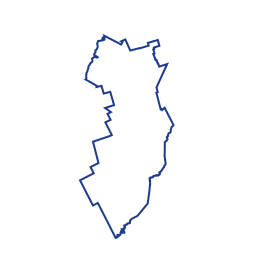 the district of Avellaneda, Santiago del Estero, Argentina, rotated 63°
{"feature_id": "61730980B47702997871145", "entity_name": "Avellaneda", "entity_type": "district", "adm_level": 2, "iso_a3": "ARG", "parent_name": "Argentina", "parent_adm1": "Santiago del Estero", "projection": "robinson", "projection_center": [-63.079, -28.545], "detail": "fine", "context": "isolated", "style": "outline", "palette": "blue", "viewbox_px": 256, "rotation_deg": 63, "n_neighbors": 0, "source": "geoboundaries", "source_scale": "gbopen_adm2", "svg_char_len": 5444}
<svg xmlns="http://www.w3.org/2000/svg" viewBox="0 0 256 256"><g transform="rotate(63 128 128)"><path d="M146.0,86.1L126.6,86.2L127.5,89.4L126.2,89.4L126.2,90.4L109.4,86.7L109.5,85.2L104.8,84.2L88.8,64.1L87.5,72.3L84.3,71.8L84.1,72.3L80.2,71.7L80.1,72.6L76.7,72.1L73.5,71.9L73.7,70.6L69.4,69.8L69.5,68.7L68.1,68.4L69.0,62.7L63.1,61.5L61.2,71.7L64.0,72.2L62.3,81.6L62.0,81.7L60.0,90.8L47.9,90.2L47.7,94.7L48.9,93.9L50.5,96.2L35.4,107.0L35.5,107.0L35.6,107.6L35.8,107.8L35.8,108.1L36.0,108.5L36.0,109.1L36.2,109.8L36.6,110.0L36.9,109.9L37.4,109.5L37.6,109.4L37.6,108.9L37.7,108.7L37.7,108.3L38.3,108.6L38.6,109.0L38.6,109.3L38.7,109.7L38.5,110.1L38.3,110.3L38.0,110.4L37.5,110.4L37.2,110.5L37.5,111.0L37.8,110.9L38.1,111.0L38.2,111.5L38.1,112.1L37.6,113.3L37.5,113.8L37.2,114.2L37.2,114.5L37.0,115.0L37.0,115.3L38.0,116.2L38.5,116.8L38.7,117.1L38.8,117.1L39.1,117.3L39.8,117.5L40.8,117.7L41.6,117.9L42.3,118.5L42.6,118.8L43.6,120.1L43.9,120.6L43.9,120.9L44.0,121.8L44.5,122.0L45.7,122.5L45.9,122.9L46.1,123.5L46.5,123.9L47.0,124.8L47.2,125.0L47.6,124.9L48.4,124.5L48.9,124.2L49.9,123.6L50.1,123.4L50.9,122.9L51.3,122.9L51.1,123.8L50.8,124.2L50.3,124.6L49.7,125.1L49.4,125.5L49.5,125.9L49.5,126.4L49.6,126.8L49.7,128.1L50.0,128.4L50.0,128.6L51.1,128.9L51.8,129.1L52.1,129.3L52.6,129.8L53.1,130.5L53.1,130.8L53.0,131.1L53.0,131.5L53.3,132.4L53.7,132.8L53.9,133.0L54.3,133.4L54.4,133.5L54.4,133.9L54.7,134.5L55.0,135.1L55.9,135.7L56.8,136.2L57.1,136.6L57.5,137.1L58.0,137.6L59.0,138.4L59.6,139.2L59.9,139.8L60.2,140.1L61.2,140.6L61.8,141.0L62.3,141.4L63.1,142.0L64.1,142.1L64.8,142.7L65.3,143.2L65.7,143.4L65.7,143.6L76.2,136.7L77.2,137.5L78.4,132.5L86.3,134.0L87.7,127.4L101.3,130.0L99.8,139.3L106.1,136.0L106.1,139.8L112.8,139.8L112.7,145.6L126.9,145.6L126.9,147.7L124.3,165.4L145.8,170.2L145.8,179.1L152.8,179.1L152.8,194.5L181.1,194.4L181.1,188.9L220.3,188.9L220.4,188.7L220.5,188.6L220.6,188.2L220.4,188.0L220.3,187.9L220.2,187.7L220.4,187.6L220.4,187.4L219.7,187.0L219.7,186.8L219.9,186.7L220.2,186.7L220.3,186.2L220.2,185.9L219.8,186.0L219.7,186.3L219.2,186.2L218.9,186.0L218.6,185.8L218.4,185.8L218.4,185.7L218.6,185.4L218.8,185.3L219.1,185.4L219.3,185.5L219.6,185.8L219.7,185.4L219.8,185.3L219.8,185.1L219.6,184.9L219.7,184.5L219.7,184.1L219.4,184.1L219.5,183.6L219.4,183.1L219.3,182.9L218.6,182.4L218.4,182.4L218.1,182.3L218.1,182.2L218.2,181.9L218.3,181.8L218.3,181.7L218.2,181.6L217.7,181.7L217.4,181.6L217.2,181.5L217.2,181.3L216.8,181.0L216.8,180.7L217.0,180.4L217.4,180.1L217.7,180.2L218.4,180.2L218.6,180.2L218.5,179.8L218.7,179.7L218.8,179.4L219.2,179.1L219.7,179.0L219.7,178.8L219.6,178.7L219.3,178.7L219.1,178.6L218.9,178.6L218.7,178.8L218.5,178.5L218.3,178.5L218.3,178.8L218.4,179.3L218.2,179.5L217.7,179.5L216.6,179.8L215.8,179.8L215.6,179.7L216.0,179.5L216.5,179.2L217.2,179.0L217.4,178.9L217.4,178.7L216.9,178.5L216.4,178.5L216.1,178.4L216.0,178.2L215.5,177.8L215.5,177.6L216.1,177.4L216.2,177.2L216.1,176.9L215.9,176.6L215.4,176.6L214.9,176.3L214.9,176.2L215.1,176.0L215.1,175.7L214.9,175.6L214.3,175.6L213.6,175.5L213.3,175.7L213.2,175.7L213.2,175.3L213.5,174.9L213.4,174.8L213.2,174.7L213.1,174.3L213.2,174.1L213.2,173.7L213.4,173.3L213.5,173.0L213.1,172.7L213.2,172.2L212.9,171.8L212.9,171.4L212.9,171.2L213.2,170.8L213.3,170.7L213.5,170.4L213.4,170.2L213.2,170.0L213.2,169.8L213.3,169.7L213.4,169.4L212.9,169.2L212.8,168.9L211.8,168.5L211.5,168.1L211.6,167.9L211.3,167.4L211.1,167.3L210.9,166.9L210.7,166.4L210.7,166.1L210.6,165.7L210.6,159.4L204.2,144.7L193.8,137.5L191.2,135.9L189.9,135.1L189.5,134.8L188.8,134.2L188.5,134.2L188.3,133.9L188.1,133.8L187.1,133.2L186.6,133.2L185.7,132.7L185.3,132.7L185.1,132.5L185.0,132.2L184.8,132.2L184.4,132.3L183.8,132.2L183.6,132.1L183.4,131.8L183.2,131.8L183.2,131.6L182.7,131.4L182.4,130.9L182.3,130.4L182.8,130.1L182.8,129.9L182.9,129.2L183.0,129.0L183.0,128.9L182.9,128.7L183.0,128.6L183.1,128.1L182.7,127.8L182.4,127.5L182.4,127.2L182.5,127.0L182.5,126.9L182.4,126.7L182.5,126.2L182.7,125.8L183.0,125.3L183.1,125.1L183.2,124.8L183.0,124.6L183.2,124.3L182.9,123.9L183.0,123.7L183.3,123.8L183.5,123.7L183.6,123.4L183.8,123.2L184.0,122.8L184.0,122.5L184.0,122.4L183.9,122.1L183.7,122.0L183.7,121.8L183.6,121.6L183.6,121.2L183.8,121.1L183.7,120.7L183.4,120.5L183.4,120.4L183.1,120.3L182.7,120.3L182.3,120.3L182.0,120.4L181.9,120.2L181.9,119.9L182.0,119.7L181.9,119.4L181.7,119.4L181.7,119.0L181.6,118.8L181.7,118.3L181.5,118.1L181.5,117.8L181.3,117.6L181.1,117.4L181.1,117.1L180.5,116.6L180.3,116.1L180.2,115.7L180.0,115.3L179.6,114.9L179.5,114.1L179.3,113.7L178.9,113.4L178.3,112.8L178.0,112.3L178.0,112.0L177.9,111.7L177.5,111.5L177.3,111.2L177.1,111.0L176.9,110.7L174.1,109.7L173.6,109.5L171.8,108.9L171.0,108.5L170.3,108.4L169.8,108.3L169.3,108.0L167.9,107.2L167.2,106.8L166.6,106.5L165.6,105.9L165.1,105.7L164.6,105.4L164.1,105.2L163.6,104.9L163.1,104.7L162.8,104.4L161.3,103.7L160.6,103.4L160.3,103.2L160.0,103.0L159.9,102.9L159.3,102.7L159.1,102.5L158.9,102.4L157.3,101.6L157.1,100.8L157.0,100.4L157.0,100.0L156.8,99.7L156.8,99.1L156.5,98.9L156.4,98.7L156.1,98.1L156.0,97.9L155.9,97.8L154.8,97.8L154.2,97.7L153.8,97.6L153.6,97.4L153.4,96.8L153.6,96.5L153.6,96.2L151.7,94.9L151.4,94.5L151.3,94.1L151.1,94.0L151.2,93.6L151.3,93.3L151.3,92.9L151.3,92.5L151.0,91.9L150.7,91.6L149.8,91.2L149.2,90.9L148.7,90.5L148.4,90.0L148.0,89.7L147.5,89.4L147.1,88.8L147.0,88.6L146.8,88.2L146.8,87.4L146.7,87.1L146.4,86.6L146.0,86.1Z" fill="none" stroke="#1e3a8a" stroke-width="2"/></g></svg>